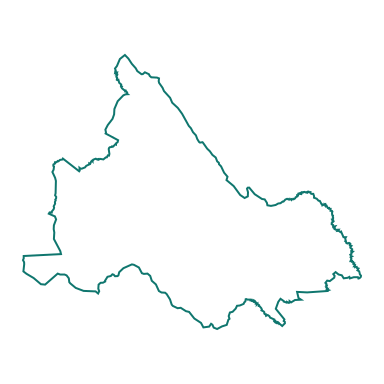 outline of Nong Yai, Chon Buri, Thailand
{"feature_id": "78962969B4010364825513", "entity_name": "Nong Yai", "entity_type": "district", "adm_level": 2, "iso_a3": "THA", "parent_name": "Thailand", "parent_adm1": "Chon Buri", "projection": "albers", "projection_center": [101.414, 13.153], "detail": "fine", "context": "isolated", "style": "outline", "palette": "teal", "viewbox_px": 384, "rotation_deg": 0, "n_neighbors": 0, "source": "geoboundaries", "source_scale": "gbopen_adm2", "svg_char_len": 5986}
<svg xmlns="http://www.w3.org/2000/svg" viewBox="0 0 384 384"><path d="M23.7,256.0L23.7,258.4L23.0,260.1L24.1,262.2L24.2,264.2L23.4,271.4L26.5,273.8L33.6,278.0L40.9,284.2L45.1,284.6L57.7,273.6L60.1,274.5L64.5,274.5L66.6,275.4L68.8,278.3L69.3,282.2L70.2,283.3L75.7,287.9L83.6,290.9L95.6,291.4L98.1,293.5L99.2,291.2L98.3,288.7L98.6,284.6L100.6,282.8L103.0,282.7L105.2,281.5L105.0,280.8L107.5,276.8L110.8,276.0L112.4,274.3L113.7,274.7L115.0,276.2L117.5,276.1L118.4,275.4L119.2,272.2L123.4,268.2L131.9,264.4L133.9,264.8L138.9,267.5L141.9,273.2L143.9,273.9L147.5,273.6L150.2,275.9L151.8,280.8L155.9,284.4L158.9,291.0L161.5,292.5L165.1,292.7L166.7,294.1L170.0,299.4L171.7,304.6L172.8,305.9L177.6,308.2L180.7,307.8L186.0,311.2L189.1,311.9L194.3,318.5L201.0,322.9L203.4,327.4L209.2,326.6L211.1,323.8L212.4,324.7L213.7,327.6L217.1,329.0L222.0,326.4L226.7,324.9L228.4,319.7L229.5,318.8L228.7,316.1L229.9,312.5L232.6,311.8L235.7,308.6L237.0,305.8L239.8,305.5L243.6,303.9L244.3,302.3L245.3,301.5L245.7,299.2L246.5,299.1L247.4,299.6L250.6,299.6L250.5,300.2L251.3,300.1L251.5,300.9L252.6,301.1L252.9,300.5L253.3,301.2L253.9,300.4L254.8,300.9L255.2,301.5L254.8,302.1L255.7,302.3L255.7,303.5L256.5,303.2L256.7,303.8L257.1,303.7L257.0,304.3L257.6,303.7L257.7,304.4L259.0,305.1L258.8,306.0L259.5,306.1L261.3,308.2L261.9,309.6L261.5,310.4L263.6,311.4L264.3,312.2L264.3,313.6L264.9,314.2L265.8,314.2L266.1,315.8L267.7,315.0L269.4,316.2L270.1,317.6L274.1,319.4L273.9,319.8L274.8,320.4L274.4,321.0L275.6,321.4L274.8,321.9L275.5,322.6L277.0,323.2L278.0,322.2L278.6,322.7L278.2,323.2L278.8,323.2L279.1,323.9L279.5,323.7L282.2,326.0L284.9,323.3L284.8,321.8L283.7,321.0L284.4,319.4L275.8,308.8L278.3,301.8L280.5,298.8L283.8,301.1L283.8,301.6L286.6,302.6L286.8,301.8L288.9,302.9L289.6,302.4L289.6,301.2L291.1,302.4L295.0,300.0L301.1,299.7L298.5,298.0L297.1,291.9L307.2,292.4L327.5,291.0L327.4,290.6L328.7,290.1L327.1,289.4L327.4,289.0L326.7,289.1L326.9,288.2L326.2,287.2L326.7,287.1L326.4,286.4L326.9,285.4L326.2,285.1L326.4,283.9L325.4,282.9L327.2,280.6L329.8,281.1L334.2,277.7L334.6,275.9L333.3,274.1L335.6,272.1L338.6,274.5L341.8,275.3L343.7,278.3L347.6,277.8L349.4,276.9L349.9,278.4L353.8,277.2L357.9,277.2L358.4,278.5L359.5,278.2L360.8,276.9L361.0,275.7L359.9,274.3L359.2,271.3L357.4,270.3L358.5,268.5L356.8,267.9L356.7,266.9L355.5,266.9L355.8,266.2L355.1,266.8L355.0,266.1L354.2,266.2L355.0,264.8L353.5,263.9L353.8,263.5L353.4,263.5L353.7,262.8L353.2,261.9L352.2,261.9L352.1,261.1L351.4,261.4L351.1,260.8L350.6,260.9L351.4,258.7L350.6,257.3L352.0,256.4L351.1,256.0L350.3,254.7L351.4,254.0L351.3,252.2L352.0,252.5L352.8,251.7L351.3,251.5L351.3,250.7L352.1,250.3L352.2,249.2L350.3,247.7L350.3,246.9L351.4,245.9L349.9,245.2L350.4,243.9L349.6,243.1L349.0,243.5L348.3,243.0L347.5,243.5L346.4,243.1L346.1,242.0L345.3,241.2L345.8,240.8L345.2,238.5L345.9,237.2L343.5,237.2L341.1,231.6L340.4,232.1L338.7,230.8L337.7,230.9L338.6,229.7L336.0,229.8L334.6,229.1L334.8,228.4L334.0,228.0L335.2,226.3L333.1,226.7L333.1,225.0L331.7,224.3L331.7,223.0L333.3,221.6L332.4,221.0L332.4,220.4L332.9,220.3L332.1,219.3L333.1,218.9L333.1,217.3L332.7,216.9L333.0,215.6L332.2,215.0L332.0,212.8L332.4,211.6L332.0,211.0L330.5,210.8L330.6,208.8L329.0,208.7L329.0,207.9L327.8,208.0L326.7,205.9L326.0,206.3L325.8,205.3L325.2,205.5L325.0,204.6L325.6,205.0L325.4,204.1L322.5,205.3L322.5,204.4L321.7,204.4L319.8,200.9L318.5,200.7L316.7,198.7L314.0,197.7L314.1,196.2L313.3,193.9L311.3,193.9L310.5,193.1L310.5,192.1L308.7,192.2L308.5,191.6L307.9,191.6L307.1,192.8L306.5,192.5L306.7,192.1L305.4,192.4L304.7,191.9L303.0,192.1L302.8,192.6L301.7,192.3L301.3,194.1L299.9,193.9L299.9,193.1L298.3,193.6L298.1,195.4L297.1,195.3L297.2,196.5L295.6,197.3L295.2,198.3L293.8,199.2L293.2,198.8L292.7,199.4L291.3,199.0L291.2,199.6L290.8,199.2L289.4,199.6L289.0,198.9L288.3,199.4L287.1,198.8L285.3,199.6L283.5,201.6L282.7,201.5L280.5,203.2L278.2,203.5L275.6,205.0L271.0,205.9L267.4,205.3L266.9,202.8L264.7,199.4L262.0,199.0L254.7,194.2L249.2,187.6L247.7,187.7L247.0,188.7L248.0,192.2L247.8,196.4L244.6,198.0L240.2,195.0L233.7,186.1L226.5,180.1L227.5,176.7L224.1,172.7L221.1,166.4L219.0,164.2L218.8,162.7L217.2,161.4L215.7,157.5L212.4,154.9L209.9,151.3L207.2,148.7L202.9,142.6L202.5,142.2L200.0,142.6L199.1,142.0L197.3,139.1L195.9,135.3L193.0,132.2L190.9,128.2L188.8,125.9L182.1,113.8L177.9,108.0L172.2,102.7L170.1,97.8L164.0,91.1L162.5,87.7L159.1,82.9L158.7,81.2L159.0,78.4L157.0,77.6L151.3,77.3L149.7,75.9L148.9,74.2L144.9,72.3L142.8,74.1L141.5,74.2L137.3,71.1L135.7,68.2L131.8,63.8L128.4,58.6L124.9,55.0L119.9,59.0L116.9,66.1L115.0,68.5L115.6,70.1L115.3,71.0L115.7,71.2L115.3,72.3L116.0,72.3L115.7,72.8L116.1,72.7L116.2,73.2L116.8,73.0L116.5,73.6L116.9,73.9L116.2,74.7L117.2,75.0L116.3,76.8L117.1,77.7L116.8,79.8L117.3,80.1L118.4,79.7L119.2,82.8L121.2,84.5L121.0,85.5L121.8,86.4L121.1,86.8L122.0,88.3L124.0,90.0L125.6,90.5L125.2,91.5L126.6,91.8L127.2,92.7L127.0,93.6L127.7,94.2L125.7,94.3L123.4,95.3L117.7,101.2L114.4,109.0L114.1,114.4L112.5,118.9L107.8,125.0L105.4,129.6L106.0,132.6L105.6,133.5L118.1,140.2L117.6,142.2L116.0,143.4L116.0,144.4L115.5,144.1L113.3,146.4L112.3,146.4L112.4,146.8L109.7,147.3L109.1,147.9L108.7,149.0L109.4,153.9L109.0,155.6L107.8,155.4L106.9,157.3L105.8,157.4L103.4,159.4L100.2,158.9L98.3,159.8L97.6,159.6L97.8,159.1L96.8,159.3L95.8,158.7L93.4,159.6L92.9,160.6L92.6,160.2L92.2,160.5L92.3,161.1L92.0,160.8L91.2,161.4L90.2,163.8L89.2,163.3L89.1,164.5L86.3,165.8L85.0,167.4L81.7,168.7L80.6,168.7L79.5,167.8L79.7,170.6L79.2,171.3L62.9,158.6L62.5,159.5L60.0,159.9L58.4,161.3L57.7,161.0L56.8,162.0L55.9,162.1L55.4,163.0L54.9,162.7L54.8,163.6L53.4,164.5L53.3,165.9L54.0,166.5L53.6,169.7L52.4,172.0L55.1,177.8L55.9,180.9L55.6,193.3L55.1,195.3L56.2,196.9L56.1,198.3L55.3,199.7L55.7,200.2L54.9,202.1L55.1,203.7L53.7,206.3L54.1,207.7L53.6,209.3L51.8,211.5L51.8,212.5L49.6,212.4L48.8,213.7L54.9,216.4L56.1,219.4L53.9,225.3L53.7,229.1L54.3,232.5L53.9,239.0L60.3,251.1L61.0,254.1L23.7,256.0Z" fill="none" stroke="#0f766e" stroke-width="2"/></svg>